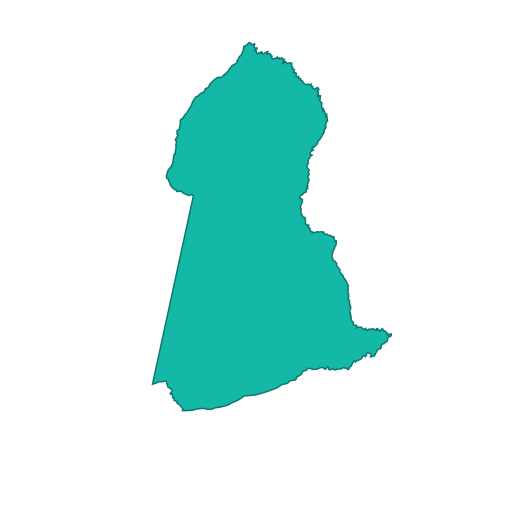 Dom Eliseu, Pará, Brazil, rotated 44°
{"feature_id": "56859067B48921877214716", "entity_name": "Dom Eliseu", "entity_type": "district", "adm_level": 2, "iso_a3": "BRA", "parent_name": "Brazil", "parent_adm1": "Pará", "projection": "equal_earth", "projection_center": [-47.874, -4.201], "detail": "fine", "context": "isolated", "style": "filled", "palette": "teal", "viewbox_px": 512, "rotation_deg": 44, "n_neighbors": 0, "source": "geoboundaries", "source_scale": "gbopen_adm2", "svg_char_len": 6095}
<svg xmlns="http://www.w3.org/2000/svg" viewBox="0 0 512 512"><g transform="rotate(44 256 256)"><path d="M207.1,105.7L204.0,103.9L203.3,105.2L202.1,103.2L201.3,103.9L198.5,102.3L197.4,100.3L193.4,99.9L193.3,98.6L192.5,98.0L191.3,96.0L190.2,96.3L190.3,97.9L189.5,98.5L188.6,98.0L188.7,96.8L187.3,95.0L185.5,95.0L185.7,92.7L184.3,91.9L183.2,92.1L182.2,95.6L180.4,95.9L178.8,94.7L178.0,95.5L177.1,95.3L176.4,94.1L175.9,95.3L174.7,95.6L173.9,96.4L173.8,97.6L169.4,99.0L168.8,98.0L167.8,97.9L165.9,98.7L165.5,97.6L164.6,97.6L163.4,98.7L162.8,97.8L161.8,97.3L161.3,98.6L159.4,98.5L158.9,97.3L158.0,96.6L156.7,97.0L155.5,98.2L154.8,97.5L154.8,96.2L154.3,95.2L152.1,96.2L151.7,94.9L149.2,94.4L148.0,92.5L146.2,93.4L144.8,95.9L142.4,95.6L141.6,96.1L142.0,97.3L142.0,98.6L141.1,99.0L139.9,94.9L139.2,95.9L137.4,95.2L136.7,96.1L136.5,97.4L135.1,97.3L135.0,98.6L134.1,99.0L133.2,98.1L132.8,99.9L131.2,102.7L130.1,102.9L128.6,101.1L127.7,101.8L126.9,100.9L125.8,100.9L124.8,101.2L123.5,103.0L122.5,100.8L121.4,102.9L121.1,105.5L119.6,106.4L119.2,105.4L118.3,105.1L117.8,106.2L117.9,107.7L116.8,107.8L116.8,109.1L116.1,109.8L114.9,109.3L113.8,108.2L113.1,108.8L112.2,108.5L112.7,106.1L111.9,105.7L111.7,106.8L109.9,107.1L109.0,106.4L107.8,104.4L106.9,105.1L107.1,106.3L105.7,107.0L104.4,106.5L103.7,107.2L102.8,107.2L102.7,111.1L101.6,113.8L103.7,116.4L105.7,121.3L105.6,124.5L106.8,127.3L106.5,128.6L107.9,129.0L107.9,131.8L106.9,133.9L106.9,135.3L106.5,136.4L106.9,137.5L106.9,140.4L107.5,141.3L107.6,145.5L107.2,147.0L107.7,148.0L106.9,148.6L107.4,149.7L106.7,152.1L105.8,152.5L103.9,155.2L103.9,156.8L103.4,159.2L103.8,160.6L103.2,163.1L104.5,168.3L103.4,170.8L104.4,173.3L104.3,175.3L103.6,176.6L103.2,178.2L103.2,180.9L102.2,183.6L103.3,189.3L104.4,191.4L105.6,195.1L105.9,197.7L106.9,201.0L106.9,204.8L107.7,207.3L107.1,209.6L107.8,212.0L108.7,212.0L112.6,217.8L112.6,219.1L112.2,220.1L112.4,221.2L114.0,222.4L114.6,223.3L115.5,223.2L116.3,224.0L117.0,227.9L117.6,228.7L118.6,228.6L119.6,229.2L121.5,232.3L122.5,232.6L126.4,238.2L127.2,238.8L126.5,239.7L131.1,246.4L132.4,248.5L132.4,249.7L133.1,250.3L132.9,251.9L133.1,254.9L134.5,258.3L135.4,259.0L135.6,260.2L137.2,261.8L138.0,262.1L138.7,261.6L139.7,261.8L141.4,262.9L143.4,263.1L144.0,264.1L144.9,264.1L146.8,264.9L151.0,264.8L153.0,263.9L153.9,264.5L155.0,264.1L155.4,263.0L157.0,261.9L158.8,261.1L159.8,261.4L165.2,259.3L166.0,258.7L166.9,256.5L169.1,256.1L270.6,420.1L272.4,416.9L273.8,413.2L275.5,412.2L277.9,408.6L279.3,408.7L280.4,409.8L283.1,410.9L283.9,411.6L285.6,410.6L286.8,411.1L287.6,410.5L288.8,410.6L289.5,411.6L289.8,414.4L290.6,414.8L291.4,413.8L292.3,413.6L293.7,415.3L294.6,415.8L295.5,415.0L297.4,416.8L300.3,415.4L301.3,415.5L301.2,416.7L304.3,416.1L310.0,416.8L310.5,418.3L315.5,413.3L318.2,410.0L319.4,407.6L323.0,403.2L325.0,401.4L327.3,400.2L330.8,396.9L331.6,394.3L335.4,389.3L339.2,383.1L340.8,378.0L343.4,371.5L344.7,364.9L345.4,363.7L346.2,363.3L352.4,355.9L357.5,347.0L362.7,336.4L364.0,330.2L366.6,326.7L367.1,325.2L367.0,322.3L370.5,317.7L370.3,316.4L369.0,314.4L369.8,313.5L370.3,312.0L370.7,309.8L370.4,308.2L369.7,307.0L370.3,305.1L371.7,303.3L371.1,301.5L372.4,299.6L376.0,297.9L378.4,295.1L380.4,290.8L382.1,289.5L384.4,289.6L384.6,287.8L384.4,286.0L385.4,285.7L386.9,287.1L388.2,286.5L389.9,283.6L391.3,283.5L392.1,282.9L394.0,279.7L395.2,278.6L395.9,277.5L396.3,275.7L397.0,274.9L398.1,274.8L399.2,273.8L401.1,273.8L401.4,272.6L400.6,271.4L400.9,269.0L400.3,267.5L399.4,263.7L400.4,262.7L401.3,263.0L401.1,261.8L402.9,258.0L403.0,255.7L402.4,254.3L402.6,253.1L403.5,252.5L404.5,252.6L404.5,250.8L403.6,249.7L403.2,247.9L406.8,246.7L407.9,247.6L408.4,249.0L410.4,246.0L410.2,243.8L409.5,242.8L409.4,241.4L408.7,239.5L409.0,237.7L409.8,236.5L409.7,234.9L408.0,233.2L408.1,231.3L409.1,230.0L408.9,228.0L409.6,226.9L409.3,225.7L407.7,223.1L407.7,221.8L408.4,220.8L408.7,219.2L407.3,218.2L406.6,219.2L406.3,220.7L405.1,221.5L404.6,220.2L403.3,220.5L401.3,220.2L399.4,221.0L397.4,220.4L397.1,221.5L397.9,222.8L397.1,224.0L396.1,223.4L395.7,224.5L394.5,225.2L393.9,223.7L393.2,224.5L393.6,226.3L391.4,226.8L390.0,227.6L390.0,229.2L388.6,229.5L387.9,230.5L387.9,232.1L386.5,232.3L385.3,231.8L385.1,233.5L382.1,234.3L381.2,234.0L378.8,236.5L378.3,238.0L377.8,236.8L376.7,236.0L374.2,238.1L372.0,236.0L371.2,236.4L368.5,235.6L367.6,234.4L366.4,234.4L366.2,233.3L365.2,232.5L364.2,232.6L363.4,231.4L362.0,231.3L360.4,227.6L359.5,227.3L358.7,226.2L357.9,226.6L357.3,225.6L355.5,224.6L354.8,223.6L353.5,222.9L352.1,223.0L351.0,220.8L350.1,220.7L349.6,219.2L347.6,218.6L345.5,216.0L343.6,214.4L343.3,213.3L335.7,210.7L334.5,210.9L332.5,209.8L328.2,209.3L327.0,208.8L326.0,207.6L321.9,207.1L321.0,207.3L319.0,205.1L318.0,205.4L316.1,204.9L315.2,205.6L310.8,203.6L308.3,199.4L307.0,195.6L306.3,194.8L306.2,193.6L305.3,191.4L303.2,189.4L302.6,190.3L299.9,189.3L298.5,188.0L297.6,189.3L296.2,189.2L294.4,190.1L293.7,191.0L291.7,191.0L290.4,192.9L289.5,192.7L288.4,191.7L285.8,193.4L285.3,194.5L283.5,195.6L281.1,199.6L280.3,200.3L279.8,199.4L277.9,200.2L276.8,199.9L276.1,198.9L275.0,198.7L274.3,199.4L273.3,198.6L272.9,197.3L271.9,197.3L271.4,198.5L269.0,198.3L265.8,195.0L264.4,194.3L262.7,195.3L260.9,194.5L259.9,195.0L259.3,193.9L258.2,193.5L255.5,190.6L254.6,190.8L252.7,187.9L252.2,185.6L251.5,184.3L250.4,184.0L250.0,183.0L247.2,184.1L246.1,181.7L246.2,180.4L246.9,179.7L246.5,177.6L247.7,174.9L246.1,173.7L246.2,171.3L244.4,170.9L244.7,169.6L243.7,169.4L242.5,167.3L242.3,166.1L241.4,165.6L241.4,164.4L237.6,162.6L237.8,161.2L237.3,160.1L235.6,159.7L234.7,157.2L231.9,157.1L229.5,155.2L229.3,152.8L227.6,151.8L226.8,150.3L226.3,147.7L225.7,146.8L226.3,144.5L224.0,145.0L223.1,144.4L223.0,141.6L223.6,140.8L223.4,139.6L221.6,140.4L221.1,139.5L221.4,138.3L222.2,137.6L222.1,132.2L220.8,130.7L221.0,127.5L220.3,126.4L220.6,125.2L220.3,124.1L219.6,123.4L219.7,122.1L219.1,119.8L217.8,118.1L217.5,117.0L216.7,116.3L217.3,115.4L216.1,114.0L214.5,113.3L213.9,110.8L213.0,110.0L213.6,109.1L210.2,106.5L209.5,107.4L208.7,107.0L209.0,105.5L208.2,104.8L207.1,105.7Z" fill="#14b8a6" stroke="#0f766e" stroke-width="1.5"/></g></svg>